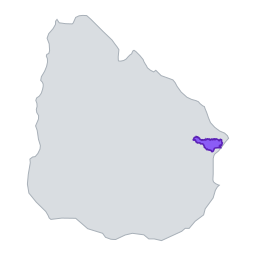 location of Rincón, Treinta y Tres, Uruguay
{"feature_id": "84410073B13933274344370", "entity_name": "Rincón", "entity_type": "district", "adm_level": 2, "iso_a3": "URY", "parent_name": "Uruguay", "parent_adm1": "Treinta y Tres", "projection": "natural_earth1", "projection_center": [-53.628, -32.866], "detail": "fine", "context": "in_parent", "style": "filled", "palette": "violet", "viewbox_px": 256, "rotation_deg": 0, "n_neighbors": 0, "source": "geoboundaries", "source_scale": "gbopen_adm2", "svg_char_len": 5682}
<svg xmlns="http://www.w3.org/2000/svg" viewBox="0 0 256 256"><path d="M219.3,185.2L217.4,186.9L215.4,190.2L213.1,198.0L205.2,208.8L203.6,214.9L195.1,221.3L189.1,228.4L185.2,228.3L181.7,231.3L161.5,240.6L154.2,238.9L148.8,238.9L143.8,234.8L132.4,233.3L125.2,235.0L115.6,239.5L112.8,239.4L110.7,239.2L105.5,237.3L102.6,233.3L87.7,228.7L75.7,218.3L61.7,218.1L50.9,219.4L49.2,218.0L48.1,215.4L45.8,211.5L36.4,202.3L28.9,193.1L27.4,184.1L28.3,174.3L30.3,162.7L29.9,159.1L32.6,157.0L35.2,156.6L37.8,153.6L40.0,149.1L40.4,145.6L38.5,139.3L37.2,130.4L35.6,125.9L38.5,119.0L38.6,115.6L36.8,112.6L36.3,109.5L37.1,106.4L36.9,103.3L35.8,100.4L36.6,98.0L39.3,96.1L41.3,93.2L42.6,89.3L43.2,86.3L43.2,84.2L42.4,82.2L40.7,80.4L41.4,76.7L44.6,71.3L46.6,66.4L47.5,62.2L47.4,58.7L46.3,56.1L46.8,54.4L48.8,53.5L49.6,50.7L49.2,43.9L47.1,38.2L48.7,33.7L53.1,28.6L55.5,24.4L55.6,21.2L57.0,19.4L59.2,22.8L65.7,23.7L72.2,23.9L73.2,23.0L75.7,17.4L79.1,15.8L82.7,15.4L86.7,15.6L91.0,19.4L103.1,31.5L112.0,40.0L114.8,43.9L117.1,46.9L118.9,49.7L118.2,56.9L118.3,60.1L118.7,61.0L120.7,61.1L123.7,60.5L126.2,59.0L128.2,56.7L130.1,54.8L131.7,53.8L132.2,52.3L133.1,50.7L134.0,50.3L135.8,51.5L139.9,55.6L143.1,59.5L143.9,61.6L145.2,63.9L146.5,65.9L147.4,67.8L150.5,70.3L153.7,71.9L155.8,70.3L161.1,75.6L172.9,79.9L175.1,82.6L177.1,86.4L181.2,92.1L186.9,97.2L191.5,99.4L195.9,100.6L198.4,101.7L200.1,103.7L202.7,105.8L204.4,106.6L205.0,108.5L206.7,112.6L208.5,117.9L210.5,122.7L214.8,127.4L219.6,131.0L224.6,133.1L227.4,135.7L228.6,138.3L225.2,142.2L221.6,147.2L218.4,151.1L215.0,153.8L213.9,155.6L213.2,158.5L213.2,173.9L212.9,179.6L213.2,181.1L213.7,182.1L215.7,183.7L218.2,184.9L219.3,185.2Z" fill="#d9dde1" stroke="#a8b0b8" stroke-width="1"/><path d="M215.0,138.9L214.6,138.8L214.4,138.8L214.4,139.0L214.1,139.2L214.1,139.3L214.0,139.5L213.9,139.4L214.0,139.3L213.8,139.3L213.8,139.2L213.7,139.1L213.4,139.0L213.0,139.3L212.9,139.4L213.0,139.5L212.8,139.5L212.7,139.6L212.6,139.4L212.6,139.2L212.2,139.3L212.1,139.1L211.9,139.0L211.7,139.4L211.2,139.4L211.1,139.5L210.9,139.6L210.7,139.6L210.8,139.7L210.8,139.8L210.7,139.8L210.4,139.9L210.3,139.7L210.2,139.5L210.2,139.4L209.8,139.3L209.8,139.5L209.7,139.4L209.5,139.7L209.3,139.5L209.2,139.5L209.1,139.3L209.0,139.2L208.9,139.3L208.8,139.2L208.6,139.1L208.4,139.1L208.5,139.0L208.3,139.0L208.2,139.0L207.8,139.0L207.8,138.9L207.6,138.8L207.4,138.9L207.3,139.1L207.2,139.2L206.9,139.3L206.7,139.5L206.6,139.4L206.5,139.2L206.3,139.1L206.4,139.4L206.3,139.5L206.0,139.6L205.9,139.7L205.7,139.8L205.1,139.8L205.0,140.0L204.8,139.9L204.6,139.9L204.3,139.8L204.3,139.7L204.0,139.8L203.9,139.9L203.8,140.0L203.7,140.0L203.6,139.9L203.4,139.9L203.4,140.0L203.0,140.1L202.9,140.1L202.9,139.9L202.6,139.8L202.4,139.7L202.2,139.7L202.1,139.8L201.9,139.9L202.0,140.0L201.8,140.0L201.7,140.2L201.4,140.1L201.3,139.8L201.1,139.8L200.9,139.7L200.7,139.6L200.3,139.5L200.1,139.4L199.9,139.0L199.8,138.9L199.7,138.9L199.7,138.6L199.6,138.4L199.5,138.2L199.1,138.2L199.0,137.9L198.9,137.8L198.8,137.7L198.6,137.8L198.5,137.7L198.4,137.6L198.0,137.4L197.6,137.2L197.7,136.9L197.4,136.8L197.2,136.8L196.7,136.7L196.7,136.8L196.6,136.7L196.2,136.5L196.1,136.8L195.9,136.9L195.8,137.2L195.6,137.3L195.3,137.2L195.0,137.2L194.7,137.4L194.4,137.5L194.1,137.8L194.0,138.0L194.0,138.3L193.8,138.6L193.8,138.9L193.8,139.0L193.7,139.2L193.6,139.3L193.4,139.3L193.3,139.5L193.5,139.6L193.3,139.8L193.4,140.1L193.8,139.9L194.3,139.9L194.3,140.0L194.6,140.2L194.9,140.3L195.0,140.1L195.0,139.9L195.4,140.0L195.5,140.4L195.5,140.6L195.6,141.0L195.9,141.1L196.0,141.3L196.1,141.9L196.2,142.1L196.5,142.1L196.8,142.1L197.0,142.3L197.2,142.9L197.5,143.0L198.0,142.8L198.5,142.9L199.8,142.8L199.8,143.1L200.7,143.9L201.0,143.8L201.3,143.9L202.4,143.8L202.8,143.8L202.9,144.0L203.2,144.6L203.8,145.0L203.8,145.7L203.9,145.9L204.3,146.1L204.3,146.4L204.5,146.7L204.3,147.2L204.4,147.4L205.0,147.6L205.1,147.9L205.4,148.0L206.1,148.9L206.3,149.1L206.6,149.6L207.0,149.5L207.0,149.3L207.3,149.1L207.7,149.4L208.0,149.9L209.0,149.8L209.2,150.2L209.5,150.2L209.9,150.0L210.1,150.0L210.6,150.5L211.2,150.5L211.3,150.8L211.8,151.6L211.9,152.2L212.0,151.9L212.9,151.4L213.4,150.9L213.5,150.6L213.4,150.3L213.5,150.1L213.7,149.9L213.8,149.9L214.0,149.7L214.2,148.7L214.3,148.4L214.5,148.2L214.4,148.1L214.5,148.2L215.1,148.0L216.8,147.8L217.7,147.7L218.8,147.7L219.1,147.8L219.5,147.8L220.1,147.7L220.4,147.6L220.6,147.6L220.8,147.5L220.7,147.5L220.6,147.4L220.8,147.5L220.8,147.4L220.7,147.3L220.4,147.3L220.3,147.5L220.2,147.5L220.2,147.3L219.9,147.3L219.7,147.4L219.4,147.4L219.3,147.2L219.2,147.2L219.3,146.9L219.6,146.7L219.8,146.7L220.0,146.5L220.1,146.4L220.3,146.2L220.2,146.1L220.3,146.1L220.3,145.9L220.5,145.9L220.4,146.0L220.6,145.9L220.6,146.0L220.7,145.9L220.8,145.7L221.0,145.6L221.1,145.8L221.2,145.7L220.9,145.6L220.7,145.6L220.4,145.3L220.2,145.4L219.9,145.4L220.0,145.2L220.3,145.0L220.5,145.0L220.8,145.1L221.0,144.9L221.3,144.7L221.5,144.5L221.6,144.4L221.7,144.5L221.8,144.5L221.8,144.8L221.7,144.8L221.5,145.0L221.6,144.9L221.8,144.9L221.9,144.5L221.8,144.4L221.8,144.2L222.0,143.8L222.1,143.7L222.2,143.0L222.3,142.9L222.2,142.8L222.1,142.5L221.9,142.4L221.8,142.0L221.7,141.7L221.5,140.8L221.7,140.1L221.6,139.9L221.4,139.7L221.2,139.6L220.8,139.6L220.6,139.5L220.5,139.4L220.3,139.3L220.0,139.5L220.0,139.8L219.6,140.2L219.5,140.3L219.5,140.6L219.3,140.7L219.0,140.7L218.8,140.6L218.8,140.3L218.8,140.2L218.7,140.1L218.4,140.1L218.1,139.7L217.6,139.4L217.1,139.2L216.8,139.1L216.6,139.0L216.4,139.1L216.1,138.9L215.9,139.1L215.5,139.1L215.7,139.3L215.5,139.6L215.3,139.6L215.2,139.5L215.1,139.3L215.1,139.2L215.0,138.9Z" fill="#8b5cf6" stroke="#5b21b6" stroke-width="1.5"/></svg>